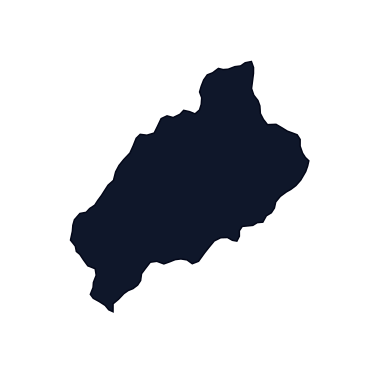 Orizânia, Minas Gerais, Brazil, rotated 208°
{"feature_id": "56859067B60676374353456", "entity_name": "Orizânia", "entity_type": "district", "adm_level": 2, "iso_a3": "BRA", "parent_name": "Brazil", "parent_adm1": "Minas Gerais", "projection": "natural_earth1", "projection_center": [-42.213, -20.512], "detail": "fine", "context": "isolated", "style": "filled", "palette": "ink", "viewbox_px": 384, "rotation_deg": 208, "n_neighbors": 0, "source": "geoboundaries", "source_scale": "gbopen_adm2", "svg_char_len": 1635}
<svg xmlns="http://www.w3.org/2000/svg" viewBox="0 0 384 384"><g transform="rotate(208 192 192)"><path d="M282.8,112.3L281.6,106.7L279.2,101.2L276.7,92.5L269.6,89.4L266.2,85.2L261.8,84.3L255.9,81.1L249.3,77.9L241.5,78.8L237.5,73.5L236.6,65.9L234.5,61.2L233.7,53.9L229.3,51.8L222.5,51.7L215.4,51.1L210.2,48.9L205.5,49.2L209.2,56.2L206.5,62.9L204.5,70.2L202.1,75.0L198.8,78.9L196.3,84.3L195.8,89.7L198.2,96.2L197.3,102.1L195.9,110.4L190.5,114.3L183.1,115.3L178.9,119.9L175.1,124.4L170.4,127.7L164.5,129.7L158.1,128.8L153.7,133.9L152.3,144.2L151.1,150.8L149.4,159.2L145.2,165.1L139.3,168.5L133.7,168.3L129.3,169.7L129.4,175.2L132.0,180.0L131.5,185.2L126.8,188.3L122.6,191.1L120.0,195.6L115.3,198.6L115.2,205.9L112.2,210.9L111.7,216.5L113.4,222.5L112.0,229.5L108.7,236.4L106.0,240.6L103.3,246.4L101.6,253.5L101.2,263.4L102.1,269.3L103.5,274.4L108.1,275.7L112.6,278.2L118.1,283.3L121.2,289.2L126.0,291.9L131.5,291.2L136.4,290.5L142.4,290.9L149.6,291.2L157.0,286.9L163.0,289.6L168.5,293.4L172.5,299.9L176.7,303.7L182.9,306.5L188.0,311.3L190.7,318.5L193.4,325.6L196.1,330.8L200.8,335.1L205.7,331.1L208.3,326.1L213.0,322.8L217.7,317.4L222.0,314.7L226.7,313.5L229.8,306.9L233.5,302.6L234.3,296.4L233.5,289.6L232.3,283.9L227.7,279.8L225.0,273.8L223.9,268.0L226.0,262.4L231.9,261.8L237.7,260.2L239.1,255.0L243.6,248.9L249.8,247.5L253.7,242.3L253.3,233.4L253.1,226.3L258.5,221.0L264.8,218.6L266.5,213.2L265.6,205.1L265.1,197.3L267.5,188.6L268.9,181.3L268.9,174.0L266.8,165.4L269.3,158.7L269.8,152.9L270.3,146.4L271.2,140.5L271.7,134.7L274.6,129.4L275.9,124.4L280.9,120.4L282.8,112.3Z" fill="#0f172a" stroke="#020617" stroke-width="1.5"/></g></svg>